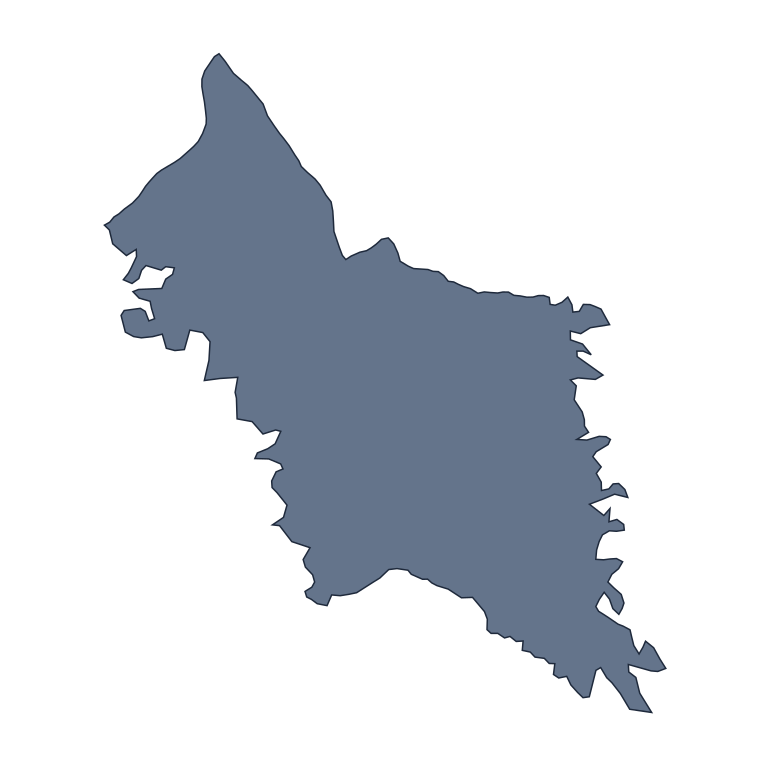 the district of Sananduva, Rio Grande do Sul, Brazil, rotated 179°
{"feature_id": "56859067B37086041685825", "entity_name": "Sananduva", "entity_type": "district", "adm_level": 2, "iso_a3": "BRA", "parent_name": "Brazil", "parent_adm1": "Rio Grande do Sul", "projection": "orthographic", "projection_center": [-51.812, -27.963], "detail": "fine", "context": "isolated", "style": "filled", "palette": "slate", "viewbox_px": 768, "rotation_deg": 179, "n_neighbors": 0, "source": "geoboundaries", "source_scale": "gbopen_adm2", "svg_char_len": 3990}
<svg xmlns="http://www.w3.org/2000/svg" viewBox="0 0 768 768"><g transform="rotate(179 384 384)"><path d="M444.8,163.4L440.0,174.0L431.5,173.1L423.0,174.3L415.0,175.8L397.9,186.3L391.5,190.1L382.5,198.4L374.2,199.2L363.3,197.4L360.1,193.3L348.9,188.1L343.8,188.1L339.7,184.3L334.6,181.5L323.4,177.8L310.3,168.9L299.2,169.1L287.5,154.7L284.8,147.1L285.3,136.6L281.3,132.8L274.6,132.7L267.9,128.0L262.4,129.4L256.3,124.3L249.4,124.6L250.4,115.3L242.4,113.4L237.8,108.3L228.5,106.9L223.7,101.7L218.1,101.4L219.6,90.6L214.4,87.0L206.4,88.5L202.4,79.8L195.7,72.1L190.5,66.9L184.2,67.7L177.1,94.0L172.3,96.7L166.4,86.4L161.3,81.3L153.1,70.4L144.0,54.5L122.1,50.9L133.7,70.4L137.3,86.2L144.3,91.8L144.6,99.3L122.0,92.5L115.3,91.8L107.2,94.7L112.9,104.1L119.0,115.6L127.0,122.3L129.7,116.3L133.7,109.6L138.8,118.1L140.7,126.4L142.3,133.9L149.1,137.7L154.2,139.8L160.1,144.0L164.2,146.9L168.8,150.0L173.4,153.0L176.1,157.8L172.4,165.0L167.5,171.9L162.3,165.0L159.1,155.4L153.2,149.6L149.8,155.4L147.9,160.8L150.5,169.5L157.8,176.2L163.6,182.1L159.5,189.8L152.7,195.2L148.5,202.1L154.6,205.4L161.2,205.1L167.5,204.4L175.3,205.0L174.3,214.4L171.6,222.8L168.2,229.4L161.2,233.3L154.1,232.7L146.3,233.7L146.8,239.4L153.5,244.5L161.5,242.3L160.2,255.6L166.5,248.7L180.7,260.2L166.6,265.3L155.4,269.8L142.2,266.3L145.0,274.3L151.1,280.4L156.7,280.1L161.0,275.2L168.4,273.7L168.5,282.1L173.3,290.9L168.3,297.3L176.5,307.7L173.0,312.6L161.0,319.6L158.6,324.6L162.9,327.4L169.8,327.9L182.1,324.4L192.2,325.2L180.3,332.1L184.3,338.4L184.3,344.8L186.3,352.6L194.1,364.9L191.8,378.8L197.6,384.8L189.9,386.7L172.6,384.9L164.9,389.1L190.4,408.0L190.6,413.5L184.3,413.4L176.3,409.6L184.8,420.5L196.8,424.9L196.8,433.7L186.4,430.9L176.7,436.7L157.4,439.4L161.4,446.9L165.7,455.1L171.6,457.8L176.6,459.8L183.3,460.1L187.5,453.2L193.9,452.6L194.7,459.9L198.7,467.7L204.6,462.6L211.4,459.8L216.5,460.7L217.3,467.7L222.9,469.7L228.2,469.7L233.5,468.3L239.6,468.3L246.3,469.7L252.6,470.4L257.9,473.7L263.5,473.9L268.7,473.0L275.9,473.6L282.2,474.3L288.6,473.1L295.8,477.8L302.7,480.0L308.0,482.4L312.5,484.8L318.0,485.6L322.4,491.4L327.7,495.4L333.1,495.8L338.0,497.7L345.2,498.3L352.4,498.9L357.7,501.4L365.7,506.4L367.8,514.6L371.8,523.9L377.2,530.0L384.0,528.7L389.4,523.9L394.4,520.3L399.1,517.6L405.8,516.2L414.6,512.5L420.0,509.1L423.4,513.3L426.3,521.4L431.4,537.4L431.7,547.1L432.2,557.9L433.7,567.0L438.8,573.9L444.4,583.9L449.4,590.2L456.8,596.8L462.9,602.9L465.3,608.7L469.1,614.5L474.7,623.9L479.7,630.8L484.1,636.4L489.2,643.9L495.8,654.1L500.0,666.1L503.6,670.6L510.5,679.4L515.0,684.8L521.3,690.2L529.1,697.2L532.7,702.6L537.3,709.5L543.2,717.1L547.8,714.3L550.8,710.1L557.8,700.1L560.7,692.0L560.9,684.5L559.9,677.3L558.6,669.2L557.7,660.7L557.0,652.8L557.3,647.0L561.0,637.6L565.5,629.7L570.1,624.9L575.1,620.5L584.0,612.9L589.7,609.2L596.4,605.4L602.7,601.8L607.5,598.4L611.7,594.0L615.4,590.0L619.0,585.8L622.2,581.0L625.8,575.9L632.3,569.3L640.5,563.5L646.1,558.7L651.1,555.7L655.4,550.6L660.8,547.7L655.9,542.8L652.8,528.9L639.3,516.9L629.4,522.9L629.2,515.7L634.7,504.5L637.7,499.1L642.8,492.8L634.2,488.9L627.3,493.7L624.4,501.9L619.9,506.6L604.7,501.7L600.2,505.1L591.6,503.8L593.5,497.3L600.4,492.7L604.5,483.4L627.8,482.8L633.4,480.7L627.3,474.1L616.4,470.8L615.1,463.6L612.2,453.3L618.0,451.2L621.5,460.8L626.3,463.9L642.5,462.0L645.7,457.2L641.7,440.4L633.5,435.8L625.8,434.4L614.4,435.4L604.8,437.7L601.0,423.5L592.5,421.1L583.0,421.9L577.2,441.3L564.3,438.6L557.2,429.4L558.6,410.7L563.6,390.6L547.7,392.4L530.1,393.2L533.0,378.2L531.8,372.5L531.5,351.7L516.5,348.7L505.9,336.1L493.1,339.9L488.0,338.5L493.9,326.1L501.4,321.3L511.8,317.3L514.4,311.7L500.6,311.1L488.7,305.9L486.5,300.8L493.4,298.1L498.0,289.0L497.7,282.4L492.9,277.3L483.1,264.6L486.8,252.4L498.0,245.1L490.9,244.2L478.9,228.0L460.8,221.6L467.9,209.9L465.8,202.3L458.7,194.5L456.8,187.2L459.7,182.1L466.6,178.0L465.0,172.4L460.5,170.0L454.6,165.5L444.8,163.4Z" fill="#64748b" stroke="#1e293b" stroke-width="1.5"/></g></svg>